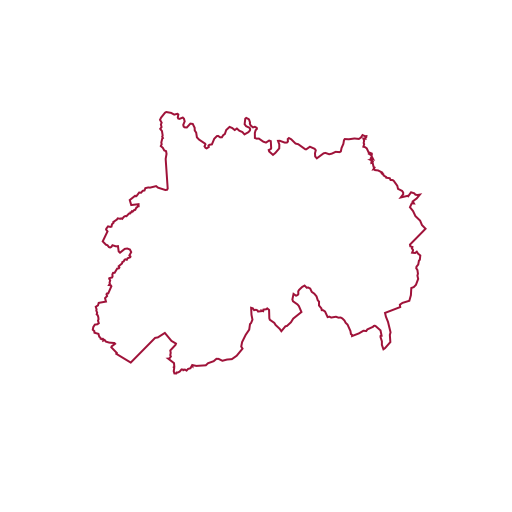 Colotlán, Jalisco, Mexico, rotated 127°
{"feature_id": "50627088B8833204369872", "entity_name": "Colotlán", "entity_type": "district", "adm_level": 2, "iso_a3": "MEX", "parent_name": "Mexico", "parent_adm1": "Jalisco", "projection": "mercator", "projection_center": [-103.289, 22.099], "detail": "fine", "context": "isolated", "style": "outline", "palette": "rose", "viewbox_px": 512, "rotation_deg": 127, "n_neighbors": 0, "source": "geoboundaries", "source_scale": "gbopen_adm2", "svg_char_len": 6153}
<svg xmlns="http://www.w3.org/2000/svg" viewBox="0 0 512 512"><g transform="rotate(127 256 256)"><path d="M252.0,97.5L243.9,96.9L238.5,101.6L236.0,102.6L229.2,110.9L226.3,115.7L223.8,118.7L210.0,110.1L208.3,111.8L205.3,110.8L199.5,106.6L194.1,108.7L188.1,112.7L185.9,111.3L182.8,110.9L176.7,112.7L174.5,115.3L172.7,116.0L170.1,118.6L169.3,120.7L167.9,121.4L165.2,121.3L161.6,123.1L160.4,122.9L156.7,125.1L156.6,128.0L155.8,130.2L157.8,130.7L159.4,133.3L157.2,133.9L156.5,134.5L156.2,136.0L154.7,136.5L155.4,138.6L154.2,139.9L132.2,137.0L131.4,142.1L129.0,146.2L128.2,152.7L125.6,157.6L124.4,162.4L120.2,163.3L119.0,161.5L118.1,163.7L113.3,162.3L108.4,162.1L110.1,163.7L111.1,165.6L110.7,167.3L111.8,170.5L116.7,170.4L116.7,171.1L122.1,175.6L118.1,175.6L116.7,176.7L116.1,178.5L116.9,183.0L114.9,185.4L113.1,191.2L113.1,192.5L114.3,194.3L113.4,196.0L115.1,199.1L114.6,199.7L114.9,202.5L114.1,203.5L114.5,204.3L114.3,205.1L113.8,204.7L113.4,205.4L114.2,210.0L115.8,212.7L115.6,213.8L116.2,214.4L114.0,214.6L114.1,215.7L111.4,218.9L111.9,219.4L110.3,219.5L110.2,220.1L111.0,220.6L110.0,221.1L110.3,222.4L108.9,221.1L108.8,223.2L108.4,223.2L108.0,221.1L106.2,224.8L106.4,227.2L105.8,227.1L105.0,224.8L104.5,225.2L105.4,228.6L103.4,232.3L103.4,234.3L104.1,236.0L101.6,236.9L101.0,238.0L98.9,239.0L97.6,240.9L96.5,239.1L95.8,239.8L94.7,239.5L93.8,240.0L94.7,241.0L95.3,243.7L98.4,243.5L100.6,244.3L102.9,248.1L106.9,252.1L109.2,255.5L110.6,255.4L113.9,253.7L118.2,252.7L121.4,251.2L122.7,251.7L124.9,255.1L128.7,257.1L130.7,258.8L131.9,262.6L133.3,263.8L141.4,266.2L140.9,268.6L138.5,270.7L135.6,271.9L135.1,273.7L136.3,278.7L140.6,280.1L141.1,280.9L141.3,289.5L142.4,292.1L141.6,298.1L142.0,300.7L143.5,301.0L145.4,299.4L146.8,299.6L148.1,301.2L149.7,306.4L150.8,307.7L152.9,304.5L156.1,302.2L162.1,302.6L165.0,303.3L164.6,308.4L163.7,309.6L161.8,308.6L160.7,308.8L155.4,313.3L155.9,315.0L159.4,316.3L160.3,318.9L160.5,324.4L161.9,326.1L162.4,327.9L158.4,331.0L155.8,332.0L153.9,331.8L153.2,332.6L153.5,334.7L155.1,335.8L155.0,338.7L154.1,340.5L152.9,341.2L151.4,343.4L151.1,344.2L151.6,346.9L152.8,347.2L157.6,344.4L158.3,342.0L157.5,338.4L158.1,337.1L159.4,336.4L161.7,336.6L165.8,338.4L165.2,341.5L166.0,344.7L165.7,348.0L168.2,348.8L168.1,352.0L168.8,354.8L173.3,355.6L177.3,354.3L179.2,354.9L181.7,354.7L182.8,356.0L182.9,358.5L183.8,359.4L187.5,359.9L193.4,358.4L195.2,360.1L196.4,360.4L197.4,359.3L199.8,360.2L200.0,361.4L199.4,363.1L197.2,363.6L196.9,364.2L197.3,371.5L196.8,374.6L193.5,378.0L192.6,380.5L190.5,382.2L188.6,386.0L189.8,388.1L195.0,388.6L196.2,390.4L196.2,391.6L195.1,393.0L191.4,394.0L189.7,396.2L189.5,397.8L192.5,399.6L193.0,400.8L192.5,401.8L189.7,403.2L189.7,404.3L192.3,406.4L192.8,409.9L195.0,414.3L196.3,414.9L202.6,415.1L205.0,414.6L206.3,411.6L208.2,411.1L209.9,409.0L212.1,409.0L212.8,406.3L215.9,403.1L217.2,402.7L217.8,401.3L218.7,401.5L222.4,399.9L223.5,398.6L225.5,398.2L225.7,395.5L226.9,392.8L226.4,390.9L228.3,388.9L232.8,386.6L255.3,367.1L256.6,366.9L257.8,368.0L260.4,375.4L260.3,377.8L265.2,381.8L266.1,383.3L268.4,385.2L270.8,384.5L272.1,385.7L274.7,385.9L275.6,387.5L279.7,387.5L280.6,387.8L280.7,388.8L287.3,390.5L290.4,386.3L285.3,381.0L286.9,379.7L287.5,380.4L288.5,380.2L289.3,380.7L291.8,380.2L292.4,380.9L294.6,381.2L294.8,382.0L296.0,381.7L296.7,382.5L297.7,382.1L298.6,383.0L302.2,383.4L302.7,384.4L304.2,385.1L306.9,385.2L307.1,386.4L307.9,386.7L309.2,389.1L310.5,389.0L314.7,390.4L315.2,389.8L317.4,390.1L319.5,389.1L320.4,389.8L321.4,392.0L324.3,392.0L325.1,391.6L325.7,389.4L336.6,387.2L337.3,382.6L336.8,381.1L337.4,378.8L337.0,377.6L335.8,377.0L333.8,377.1L332.5,373.5L331.2,372.2L335.0,368.4L335.2,366.6L329.3,365.1L327.5,363.3L326.7,360.6L328.0,358.0L331.7,357.5L331.9,356.0L332.7,355.7L335.1,357.2L336.8,356.9L337.3,358.4L338.3,358.7L339.9,358.4L341.3,359.1L342.6,358.5L346.8,359.5L347.4,358.2L348.4,358.1L349.6,359.3L354.5,358.8L355.5,360.0L357.2,359.6L358.6,358.3L359.7,358.0L362.0,359.8L362.5,359.6L363.2,357.8L365.4,356.9L366.1,356.0L367.7,355.9L366.8,354.3L367.2,353.3L374.8,351.5L375.5,352.4L376.5,352.4L377.6,350.8L380.5,351.2L382.7,348.4L388.1,353.4L390.5,352.5L393.0,353.4L394.6,351.2L395.7,350.7L396.9,348.7L398.5,348.1L398.6,346.7L399.8,345.1L401.3,343.7L402.7,343.3L404.3,341.1L406.0,341.6L407.8,343.4L410.6,343.2L413.1,342.0L413.3,339.9L414.5,338.8L413.0,335.0L414.8,332.6L414.9,331.0L415.6,330.3L415.2,328.9L414.3,328.5L414.4,327.5L415.4,327.0L414.2,326.3L414.7,324.3L413.5,321.1L410.7,316.7L410.9,315.7L415.0,316.9L416.0,316.6L417.2,308.8L418.2,308.7L416.5,291.9L382.1,287.3L380.1,285.4L372.3,282.5L374.7,272.4L374.1,267.2L375.4,266.8L383.0,267.6L384.7,265.8L386.8,264.8L387.5,263.5L390.0,263.5L390.8,264.4L390.9,257.0L393.5,254.7L394.3,254.8L394.5,254.0L397.5,252.4L398.9,250.5L397.8,249.0L396.8,249.3L396.1,248.3L394.3,247.4L391.4,247.2L390.6,245.8L390.9,245.3L389.5,244.5L389.3,242.5L387.1,242.3L385.1,240.8L382.2,241.2L382.3,240.3L381.3,241.0L379.7,237.5L373.5,230.3L370.5,229.8L365.5,226.5L361.9,225.7L360.7,224.0L359.9,219.8L356.1,216.8L352.9,213.2L347.3,211.4L338.1,211.0L337.2,213.3L333.1,215.3L325.1,216.8L318.9,217.1L314.0,219.8L312.5,219.6L309.0,220.5L305.7,224.2L300.3,228.7L299.7,227.1L300.4,224.9L299.0,223.7L298.6,222.1L299.1,220.9L296.8,218.5L296.3,218.9L295.7,217.1L294.3,217.8L292.4,215.8L291.1,215.5L291.2,213.1L297.7,207.9L298.6,206.6L298.4,201.1L299.3,198.9L299.9,193.3L300.8,190.5L294.4,190.2L293.3,189.2L287.9,188.2L283.6,188.6L273.4,186.0L270.2,191.6L269.7,193.7L269.9,199.2L268.8,200.8L263.7,203.2L263.6,200.1L262.1,199.3L260.9,199.3L258.8,201.0L257.1,201.2L252.9,200.5L250.4,199.4L250.8,196.3L249.8,195.5L249.4,193.1L251.1,189.9L251.0,186.8L251.8,183.4L254.2,180.0L254.5,178.2L257.6,175.9L258.5,172.2L259.7,170.9L258.9,169.7L258.8,167.4L261.7,162.0L260.3,160.9L259.9,158.9L256.4,155.6L255.6,153.0L254.2,151.4L253.9,149.5L254.3,146.5L255.4,144.2L255.7,141.6L259.1,135.4L261.2,133.2L261.2,131.8L262.1,131.1L255.8,127.2L251.0,125.2L249.6,122.8L247.6,122.9L242.1,119.9L241.1,119.9L240.2,119.2L240.0,118.1L240.5,111.8L244.1,107.7L244.8,108.4L245.7,107.9L248.4,104.1L251.2,102.0L253.8,98.1L252.0,97.5Z" fill="none" stroke="#9f1239" stroke-width="2"/></g></svg>